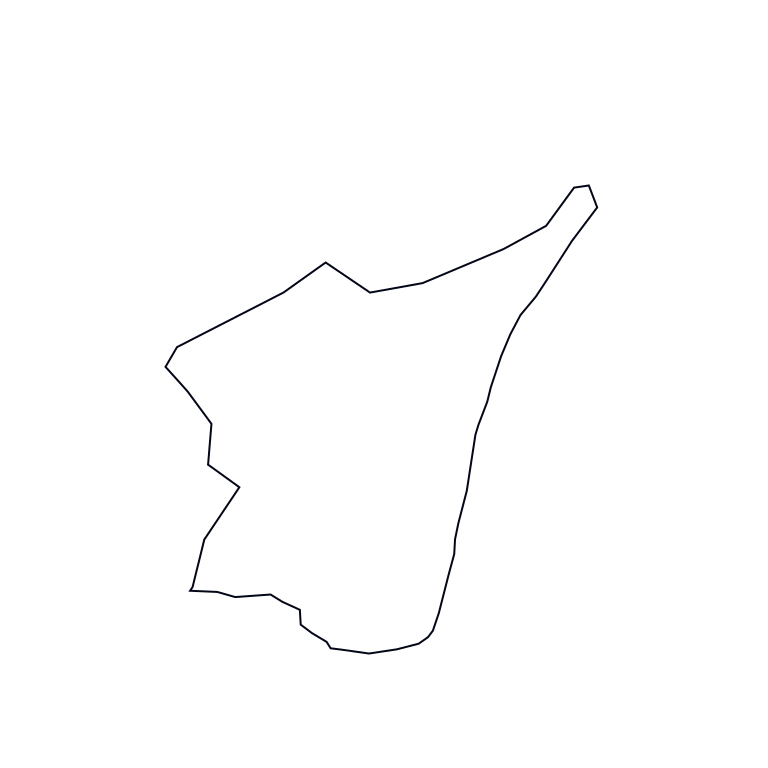 Zongo, Équateur, Democratic Republic of the Congo (Natural Earth projection), rotated 217°
{"feature_id": "63176286B53748739739840", "entity_name": "Zongo", "entity_type": "district", "adm_level": 2, "iso_a3": "COD", "parent_name": "Democratic Republic of the Congo", "parent_adm1": "Équateur", "projection": "natural_earth1", "projection_center": [18.69, 4.178], "detail": "fine", "context": "isolated", "style": "outline", "palette": "ink", "viewbox_px": 768, "rotation_deg": 217, "n_neighbors": 0, "source": "geoboundaries", "source_scale": "gbopen_adm2", "svg_char_len": 910}
<svg xmlns="http://www.w3.org/2000/svg" viewBox="0 0 768 768"><g transform="rotate(217 384 384)"><path d="M414.4,102.2L392.0,117.6L374.6,124.3L347.9,147.6L333.9,148.9L315.3,153.0L305.7,141.7L291.6,141.7L274.6,143.5L267.6,140.8L258.2,146.2L233.8,159.7L214.0,179.9L200.0,197.5L196.5,208.3L196.5,216.4L202.3,233.9L217.5,270.3L225.6,290.5L233.8,302.7L240.8,317.5L253.6,348.5L280.4,398.4L283.9,407.9L290.9,432.1L296.7,445.6L307.2,476.7L313.0,499.6L316.5,521.2L315.3,545.4L316.5,564.3L320.0,611.5L320.0,653.3L333.0,661.5L339.9,665.8L350.4,655.2L349.7,607.9L369.7,563.8L378.6,548.5L413.9,487.8L450.2,448.6L503.7,445.9L507.0,435.6L519.3,396.6L571.5,288.9L569.2,269.6L568.8,266.2L546.1,261.8L536.2,259.8L505.3,250.6L497.8,248.3L487.7,232.3L477.7,216.5L476.0,213.7L467.3,213.9L437.4,214.5L436.7,202.4L433.9,151.6L424.6,129.9L420.2,119.5L414.7,106.7L414.4,102.2Z" fill="none" stroke="#020617" stroke-width="2"/></g></svg>